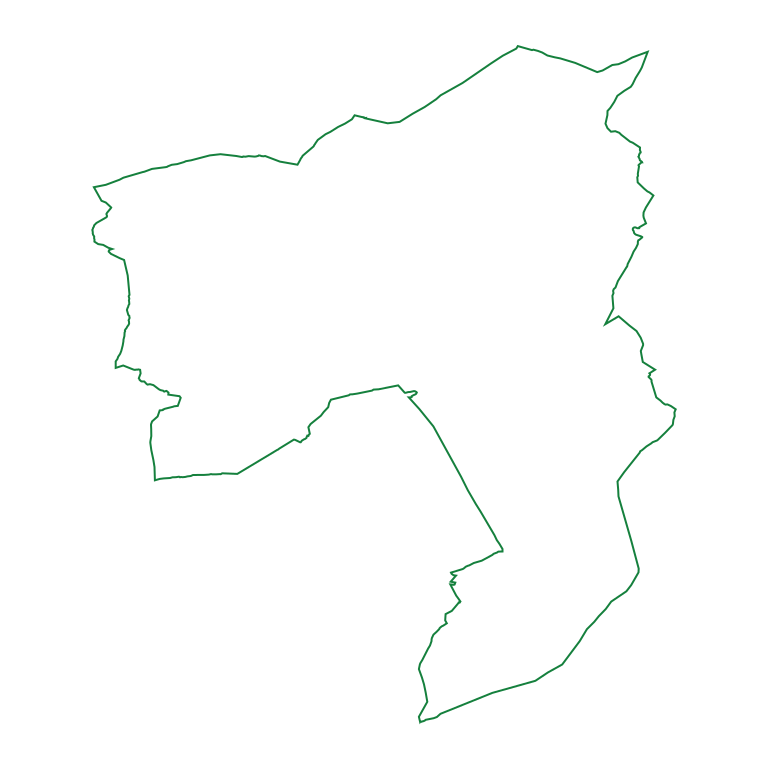 outline of Lund nor, Rogaland, Norway
{"feature_id": "86288312B14474209678121", "entity_name": "Lund nor", "entity_type": "district", "adm_level": 2, "iso_a3": "NOR", "parent_name": "Norway", "parent_adm1": "Rogaland", "projection": "robinson", "projection_center": [6.449, 58.464], "detail": "fine", "context": "isolated", "style": "outline", "palette": "green", "viewbox_px": 768, "rotation_deg": 0, "n_neighbors": 0, "source": "geoboundaries", "source_scale": "gbopen_adm2", "svg_char_len": 6080}
<svg xmlns="http://www.w3.org/2000/svg" viewBox="0 0 768 768"><path d="M115.7,367.9L123.2,365.5L133.5,369.6L135.0,369.9L136.1,369.6L137.2,369.7L138.3,369.4L140.1,369.8L140.6,373.4L138.8,378.3L139.7,379.7L139.7,380.0L141.4,381.4L144.3,381.5L146.6,384.0L147.5,384.6L150.0,384.2L153.4,385.1L158.8,389.2L160.4,390.1L163.1,390.7L164.2,391.6L166.3,390.9L166.6,391.0L168.5,392.6L168.3,394.6L179.5,396.2L180.7,397.8L177.8,405.9L174.2,406.3L173.2,406.7L164.8,408.8L163.2,409.5L163.2,409.8L162.2,410.2L159.7,410.4L157.6,416.5L152.1,421.4L151.1,424.1L151.0,424.8L151.2,429.0L151.3,436.1L150.4,441.3L150.3,442.7L151.3,450.1L153.4,460.1L154.5,467.0L154.9,480.3L159.8,478.9L163.8,478.4L170.1,478.0L172.5,477.3L175.9,477.2L179.0,476.7L180.0,477.3L180.9,477.0L182.7,477.2L185.5,476.9L187.4,476.4L190.8,476.0L193.0,475.0L204.6,474.9L208.9,474.6L211.0,474.1L212.1,474.3L216.7,474.3L219.9,474.1L220.7,474.2L222.2,473.3L237.3,473.9L277.4,449.8L278.2,449.5L279.1,448.7L293.9,439.6L295.2,439.9L300.2,442.3L300.8,442.2L301.8,440.7L304.2,439.2L304.8,439.1L306.4,438.0L306.8,436.6L307.1,436.2L307.3,435.6L307.7,435.6L308.2,436.0L308.5,435.8L308.5,435.3L309.1,434.5L309.8,433.8L308.4,427.2L310.6,424.0L320.9,415.7L323.7,412.0L328.2,407.2L329.2,402.9L330.9,399.7L348.8,395.3L350.0,394.4L352.5,394.3L357.2,393.6L372.0,390.6L373.5,389.6L378.6,389.3L398.2,385.4L404.7,392.7L405.7,392.8L408.1,392.1L410.0,392.0L413.9,391.1L414.9,391.2L416.4,392.0L416.8,392.5L416.2,393.7L415.5,394.3L413.4,395.2L411.7,396.2L411.6,397.1L410.2,397.4L408.8,397.4L419.3,409.0L433.4,426.4L461.1,476.8L467.8,490.2L475.8,504.0L480.7,511.8L494.4,535.1L496.8,540.1L499.4,543.8L502.5,549.0L502.5,551.5L498.5,551.6L498.0,551.8L497.1,552.5L493.6,553.8L492.4,554.9L481.7,560.7L473.8,563.0L469.2,565.4L467.8,565.8L465.8,566.7L463.8,568.4L462.8,569.0L451.0,572.6L451.6,573.8L453.5,575.2L456.0,575.6L450.7,581.7L455.3,582.6L454.6,584.5L453.8,584.8L452.9,584.8L451.8,584.5L450.3,584.4L456.2,595.6L458.4,598.6L460.3,601.4L459.1,602.2L459.5,602.6L458.4,603.1L451.8,610.9L445.6,614.1L445.2,620.4L446.8,623.3L443.3,625.6L441.8,626.3L440.4,627.4L439.6,628.2L439.2,629.1L436.6,631.8L433.5,634.6L431.9,638.0L431.6,639.3L431.5,641.2L430.0,645.5L428.1,648.6L422.3,660.0L420.4,663.1L419.9,664.3L418.9,669.1L422.0,677.7L424.0,684.4L425.7,692.6L427.3,701.8L418.9,716.8L420.1,721.9L420.3,721.6L420.7,721.4L421.1,721.8L421.5,721.8L422.5,721.3L423.0,721.3L424.6,720.7L425.7,719.8L433.7,718.2L436.9,717.0L440.5,713.8L492.3,692.9L535.4,680.8L548.0,672.4L562.2,664.5L579.8,641.0L586.9,629.2L594.3,621.8L598.8,616.2L605.7,609.1L611.2,601.6L626.4,591.3L631.2,585.1L638.5,572.4L638.7,568.6L631.3,540.9L618.5,496.4L618.2,489.8L617.5,481.5L624.2,472.1L639.8,452.5L640.1,451.4L642.1,450.1L646.5,446.4L651.2,443.4L652.6,442.2L657.0,440.5L657.8,439.9L665.1,432.8L672.5,425.1L672.9,424.1L673.4,419.8L674.7,416.3L674.4,412.4L675.7,409.3L671.0,406.1L668.1,404.7L667.3,404.4L665.5,404.6L664.2,404.0L663.8,403.5L662.8,402.9L660.5,400.6L656.3,397.4L651.5,381.6L651.6,380.7L651.3,379.6L648.6,377.0L648.6,376.4L649.9,375.3L650.1,374.2L649.4,373.3L655.1,369.7L642.8,362.0L641.4,354.5L640.8,351.0L643.1,345.2L643.1,343.8L640.7,337.7L636.5,331.0L629.6,325.7L618.6,316.3L605.3,324.2L613.4,308.3L612.4,295.8L613.5,293.1L613.1,290.9L613.7,289.2L615.5,287.5L617.9,281.1L626.7,266.9L627.1,266.6L627.7,264.0L631.4,256.8L633.6,251.6L636.0,247.9L637.8,244.1L637.9,241.3L638.4,240.2L639.2,239.9L642.2,237.4L642.2,237.0L640.9,236.3L636.0,234.7L635.0,234.0L634.2,233.1L633.5,230.7L633.0,230.2L632.8,229.6L632.8,228.9L633.1,228.2L633.5,227.8L634.4,227.4L635.5,227.4L637.3,228.2L639.1,228.2L639.3,228.0L639.2,227.4L639.4,227.2L646.0,223.4L643.7,217.6L643.4,215.6L643.6,212.4L645.9,207.5L653.4,195.5L649.6,192.5L647.4,191.4L644.0,188.5L637.7,182.4L637.3,177.3L638.0,175.8L637.8,173.9L639.0,166.4L638.5,165.3L638.6,165.0L641.1,162.7L641.8,162.3L642.1,162.3L641.9,161.8L639.9,160.3L639.6,158.9L638.4,156.7L639.0,155.9L639.0,154.9L639.4,154.4L639.4,153.9L639.7,153.3L640.6,152.6L640.7,152.1L639.9,150.1L640.0,147.5L632.7,142.7L630.0,141.6L621.3,134.8L619.3,132.8L615.3,131.2L611.0,131.7L607.5,128.2L605.5,123.7L607.4,115.1L607.5,111.0L610.3,107.9L614.2,102.0L617.4,95.8L624.3,90.8L630.8,86.8L632.6,84.2L635.6,78.0L640.0,70.9L641.8,67.5L647.7,51.8L632.2,57.5L625.2,61.4L618.4,64.2L612.3,65.0L602.6,70.5L597.2,72.1L575.2,62.9L560.3,58.4L554.7,57.3L547.4,55.5L542.2,52.5L537.9,50.9L533.4,49.7L532.0,50.1L517.8,46.1L516.3,48.6L502.8,55.7L490.9,63.5L462.5,83.0L440.6,95.3L436.2,99.2L424.7,107.0L412.7,113.7L399.6,121.9L387.7,123.3L365.2,118.3L365.4,118.0L364.5,118.1L363.9,117.7L363.8,117.3L363.2,117.3L362.9,117.1L362.6,117.2L354.6,115.3L351.9,119.3L345.0,123.6L338.2,126.9L330.3,131.9L325.6,134.2L317.8,139.9L315.5,143.2L314.8,144.4L314.4,144.8L313.6,146.4L302.6,155.8L302.2,156.7L300.7,158.7L300.3,159.7L297.5,164.7L279.9,161.6L265.1,156.0L263.7,156.3L261.5,156.1L260.2,155.6L258.8,155.4L258.2,155.9L255.9,156.5L254.3,156.6L248.6,156.1L245.5,156.7L243.2,156.5L242.8,156.9L241.9,157.0L236.3,156.0L220.5,154.2L209.8,155.4L191.1,160.3L185.9,161.2L183.9,162.1L177.2,164.1L171.7,164.8L167.9,166.3L167.4,166.7L166.0,167.1L152.0,168.9L144.4,171.7L142.6,172.1L123.4,177.7L119.6,179.7L105.9,184.8L93.9,187.2L101.5,200.8L105.8,202.5L111.2,207.5L110.9,208.1L107.1,212.7L106.4,214.0L107.0,215.9L106.9,216.7L106.2,217.4L96.4,223.0L94.1,225.4L93.9,226.6L93.1,227.8L93.0,228.5L92.3,230.0L92.7,231.0L92.6,231.4L92.8,232.3L92.7,233.3L92.9,233.8L93.0,234.6L94.2,236.5L94.1,238.3L94.5,239.6L94.4,241.6L98.2,244.1L103.2,244.9L108.4,247.8L112.1,249.0L109.4,249.9L108.8,250.9L108.7,251.6L111.0,253.9L119.8,258.2L124.1,260.0L127.7,275.5L129.5,294.9L129.2,295.2L128.7,296.2L129.3,298.7L128.9,300.5L129.1,301.3L129.3,304.0L128.5,305.4L128.1,307.0L127.5,308.1L126.9,310.0L128.3,314.9L129.3,315.9L129.4,317.2L129.6,317.7L129.5,318.3L128.6,320.3L129.0,321.5L129.1,323.7L128.3,325.3L127.4,326.4L126.3,328.4L125.7,329.0L124.9,330.3L125.1,331.4L124.6,332.4L124.4,336.1L123.5,339.6L123.4,341.4L122.7,345.5L121.3,350.9L120.1,353.9L118.2,356.7L117.4,359.0L115.7,361.4L115.7,367.9Z" fill="none" stroke="#15803d" stroke-width="2"/></svg>